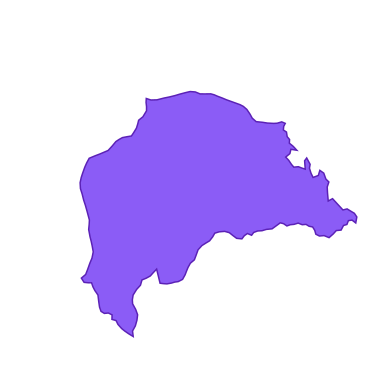 Aparecida de Goiânia, Goiás, Brazil (Robinson projection), rotated 334°
{"feature_id": "56859067B28285807944734", "entity_name": "Aparecida de Goiânia", "entity_type": "district", "adm_level": 2, "iso_a3": "BRA", "parent_name": "Brazil", "parent_adm1": "Goiás", "projection": "robinson", "projection_center": [-49.254, -16.809], "detail": "fine", "context": "isolated", "style": "filled", "palette": "violet", "viewbox_px": 384, "rotation_deg": 334, "n_neighbors": 0, "source": "geoboundaries", "source_scale": "gbopen_adm2", "svg_char_len": 2560}
<svg xmlns="http://www.w3.org/2000/svg" viewBox="0 0 384 384"><g transform="rotate(334 192 192)"><path d="M303.4,168.3L298.7,167.5L295.6,166.2L290.0,163.1L286.0,160.3L280.5,156.9L278.5,152.0L278.3,147.7L277.5,141.9L275.7,137.6L273.5,134.6L270.2,131.2L266.0,126.9L263.2,124.0L260.4,120.8L257.0,117.2L254.5,114.3L251.9,112.0L247.4,109.9L242.3,107.4L238.8,103.5L234.4,100.9L230.0,99.9L224.0,98.7L219.1,97.9L213.5,96.7L208.1,95.3L200.9,93.8L195.4,91.3L191.9,87.9L190.0,91.3L188.5,95.5L186.7,99.1L180.8,102.9L175.5,104.1L173.2,106.9L170.1,110.2L165.4,113.2L162.1,115.1L158.1,113.9L153.3,112.6L149.5,112.8L145.7,113.3L140.4,115.7L134.8,117.9L128.8,117.6L125.3,117.4L121.0,117.0L114.4,116.6L110.2,119.6L106.4,122.8L101.9,127.2L98.8,130.4L95.5,134.6L93.2,140.1L92.4,145.6L91.1,151.7L90.3,157.5L89.2,163.5L88.4,167.6L87.5,172.2L85.4,176.0L82.7,180.4L80.7,187.6L79.8,192.0L78.7,196.5L77.0,202.5L73.1,207.6L69.1,211.1L64.4,215.7L60.3,219.5L54.8,220.9L55.4,225.9L58.6,227.9L61.9,229.6L61.4,233.9L61.5,238.0L62.3,243.4L60.2,249.4L58.4,255.0L57.9,259.4L60.0,262.7L63.8,264.1L66.3,267.4L64.2,271.4L67.4,274.3L67.4,278.5L68.9,283.9L70.8,287.9L72.9,291.6L75.8,296.1L77.6,290.9L82.4,287.5L86.3,283.1L89.3,278.5L89.9,272.9L89.6,266.5L91.1,262.8L93.9,258.8L99.5,255.3L104.8,253.2L108.5,249.1L113.0,249.4L117.7,249.2L121.6,247.6L126.4,245.8L123.3,260.0L126.4,262.0L129.2,263.6L133.8,264.9L137.0,265.4L140.3,266.5L145.2,266.4L149.5,263.4L152.5,260.6L155.3,258.1L159.3,255.3L164.4,254.0L168.0,250.6L172.1,246.6L177.4,244.5L181.7,244.0L186.4,243.6L190.9,241.4L194.4,239.0L198.9,239.7L204.1,241.7L207.7,244.9L209.7,249.1L211.8,253.2L216.3,256.0L219.9,254.2L223.6,253.6L226.6,257.0L229.7,255.4L233.9,255.8L238.0,257.5L242.4,258.2L247.8,260.2L253.5,259.2L257.8,258.4L260.4,260.6L262.4,264.1L266.0,264.5L269.5,265.8L273.8,266.5L276.7,269.7L280.3,271.1L282.2,274.1L285.1,276.3L285.5,280.3L284.8,284.2L287.2,287.4L291.6,289.1L295.2,293.1L300.6,291.6L304.8,289.9L309.3,291.6L313.5,288.5L317.0,289.1L320.0,286.3L323.5,287.4L325.6,291.6L329.2,286.7L328.6,282.3L326.5,279.1L324.0,275.2L319.8,274.3L317.6,267.0L315.4,259.6L310.5,259.8L313.5,252.0L315.7,246.8L319.4,243.0L318.0,239.0L318.7,232.8L316.4,228.6L312.8,232.5L307.2,232.0L307.2,227.3L308.0,222.1L310.3,218.9L310.0,211.7L306.9,213.3L305.3,217.3L303.8,221.1L301.1,218.5L298.7,215.9L294.4,214.3L293.5,210.8L292.8,205.8L291.5,201.7L296.8,200.4L299.6,197.0L304.5,200.4L303.0,195.4L300.9,190.8L302.7,187.6L301.8,184.0L303.2,179.5L301.3,176.3L303.2,173.2L305.9,171.2L303.4,168.3Z" fill="#8b5cf6" stroke="#5b21b6" stroke-width="1.5"/></g></svg>